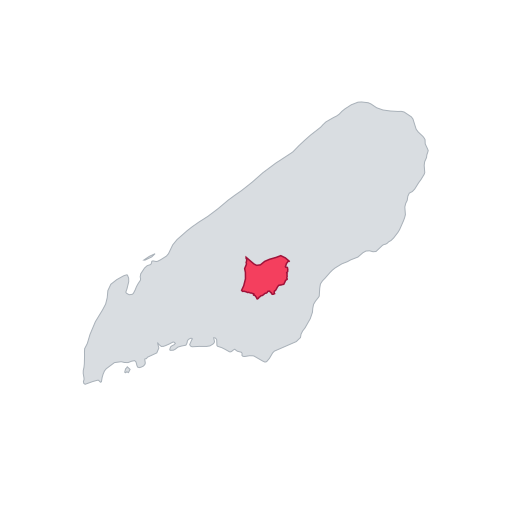 where Bongolava sits in Madagascar, rotated 215°
{"feature_id": "MDG-5871", "entity_name": "Bongolava", "entity_type": "Autonomous Province", "adm_level": 1, "iso_a3": "MDG", "parent_name": "Madagascar", "parent_adm1": "", "projection": "mercator", "projection_center": [45.906, -18.601], "detail": "fine", "context": "in_parent", "style": "filled", "palette": "rose", "viewbox_px": 512, "rotation_deg": 215, "n_neighbors": 0, "source": "natural_earth", "source_scale": "10m", "svg_char_len": 5881}
<svg xmlns="http://www.w3.org/2000/svg" viewBox="0 0 512 512"><g transform="rotate(215 256 256)"><path d="M331.8,63.1L333.1,66.2L334.7,69.1L339.4,76.2L341.4,78.9L343.2,81.8L344.0,87.6L347.0,96.6L349.9,110.1L350.8,124.0L351.6,130.4L353.9,136.4L357.5,142.7L358.7,149.6L356.5,156.8L353.2,163.6L352.4,164.8L350.9,166.6L350.2,166.5L347.6,164.8L345.5,161.9L342.9,155.2L341.9,151.7L340.8,151.2L337.7,151.5L335.4,153.6L335.0,155.0L335.5,158.8L336.3,162.2L336.7,165.7L336.8,170.0L337.6,171.3L338.9,172.5L340.2,175.3L340.4,182.2L339.6,185.6L337.4,188.6L337.5,190.2L338.3,191.9L337.6,192.9L334.6,194.2L333.5,195.3L331.9,198.4L329.3,204.6L329.0,207.7L330.6,217.3L330.1,224.2L326.9,237.3L325.0,243.5L322.3,250.9L318.2,260.8L314.2,273.1L310.8,285.9L308.2,293.6L305.4,301.2L301.4,314.6L298.1,328.3L293.1,343.4L286.3,360.3L285.5,362.5L284.1,371.2L282.5,378.7L280.7,386.2L276.9,398.6L276.4,402.4L275.6,406.1L271.9,413.9L270.3,416.8L269.2,419.8L268.6,423.8L267.5,427.6L264.7,434.5L260.7,440.5L257.9,442.7L252.0,445.9L249.0,446.5L242.3,446.6L235.8,448.4L229.0,451.9L222.5,455.9L220.0,457.8L217.3,458.9L208.7,459.1L206.1,458.3L197.5,451.7L194.2,450.6L187.9,449.7L186.0,449.1L184.3,448.3L181.7,444.9L176.7,442.0L175.4,441.1L174.7,439.1L174.1,436.9L172.8,434.5L171.9,429.9L170.2,426.7L165.6,421.1L165.1,419.3L164.7,413.3L164.8,409.3L164.4,401.9L164.9,398.5L166.5,395.4L165.9,392.0L164.1,388.4L163.5,384.8L162.2,381.5L157.3,375.5L156.2,372.5L155.4,369.5L153.5,360.0L153.3,356.7L153.6,349.7L154.3,346.1L155.5,343.6L155.8,341.8L156.5,340.2L157.7,338.9L158.5,337.4L160.3,328.5L162.6,326.6L166.0,325.4L168.8,323.1L170.3,320.0L171.9,313.6L176.2,307.2L177.8,303.9L181.2,298.8L184.3,291.7L185.3,288.4L185.9,285.0L186.7,277.5L187.3,273.8L187.2,270.1L185.4,266.3L181.2,259.4L181.1,258.1L181.4,253.1L181.1,249.4L179.5,245.7L177.5,242.3L175.6,235.8L174.6,225.2L174.8,221.4L174.3,217.9L172.8,214.7L173.9,209.0L186.4,188.6L186.8,186.2L186.3,179.9L186.6,176.3L187.0,175.0L188.0,174.2L190.1,173.8L200.3,172.9L201.6,172.3L204.1,170.6L207.6,167.2L209.2,166.3L210.6,166.6L211.4,168.1L212.6,168.8L216.7,167.3L218.3,167.3L219.9,167.5L220.6,166.2L221.1,164.3L221.7,163.0L222.8,162.3L228.0,161.8L231.4,161.3L235.8,160.0L236.7,160.3L240.2,164.9L241.3,165.3L242.6,165.5L243.8,164.7L241.0,162.2L240.5,160.9L240.7,159.3L242.2,155.9L244.8,153.4L250.5,149.5L256.3,145.0L258.1,144.7L259.5,145.4L260.6,150.7L260.5,151.6L261.4,151.7L262.5,151.0L263.5,148.9L263.5,147.1L262.7,145.4L262.4,144.0L262.3,142.7L265.3,139.6L267.7,136.6L268.8,133.0L269.7,131.4L272.2,129.5L272.9,129.8L273.5,131.3L273.8,132.9L273.2,134.5L272.3,136.1L271.9,138.1L273.3,138.5L274.6,138.0L276.5,134.3L278.7,130.7L280.0,128.9L281.7,127.6L284.4,127.8L287.1,128.6L282.8,124.9L281.7,119.7L286.8,110.9L286.9,109.0L287.6,108.5L288.0,107.7L285.3,104.8L284.8,103.3L285.2,101.0L286.4,99.0L287.6,97.6L289.2,97.1L290.6,97.9L293.4,100.3L295.4,100.7L297.7,98.3L299.6,95.4L302.5,93.4L305.8,92.1L310.8,87.5L314.0,77.8L314.2,75.0L313.5,71.6L312.4,68.3L310.5,64.3L311.0,63.4L313.7,63.9L314.6,63.3L317.6,59.7L322.4,52.9L324.0,52.9L325.4,54.2L325.9,56.0L326.9,57.4L330.2,60.7L331.8,63.1ZM297.8,90.3L297.9,91.4L294.1,90.9L293.6,87.3L295.4,87.1L295.8,85.6L296.9,85.5L298.1,88.7L297.8,90.3ZM343.2,194.5L340.0,200.0L340.9,195.4L344.6,188.9L345.6,188.3L343.2,194.5Z" fill="#d9dde1" stroke="#a8b0b8" stroke-width="1"/><path d="M246.9,219.3L247.2,219.4L247.6,219.5L248.1,219.6L249.0,224.6L251.5,231.2L255.2,236.4L258.1,239.2L259.0,243.4L259.5,244.3L260.4,245.1L260.8,246.5L261.7,247.9L262.9,248.5L263.4,249.3L257.6,248.7L252.9,248.3L250.1,248.7L247.3,251.3L245.8,256.6L243.0,261.1L238.7,266.4L235.9,270.5L230.9,271.3L225.8,270.8L225.8,270.6L226.0,270.5L226.4,270.4L226.5,270.3L226.6,270.1L226.7,269.9L226.6,269.0L226.7,268.3L226.7,267.4L226.7,267.1L226.6,266.8L226.3,266.0L226.2,265.5L226.0,264.9L225.9,264.7L225.9,264.4L225.8,264.1L225.6,264.0L225.4,263.9L225.3,264.0L224.8,264.1L224.5,264.2L224.1,264.5L223.8,264.6L223.7,264.5L223.4,264.4L223.2,264.2L222.9,263.8L222.4,263.4L222.2,263.1L221.8,262.5L221.5,262.0L221.2,261.6L221.1,261.3L221.1,260.9L221.2,260.6L221.3,260.3L221.4,260.1L221.3,259.9L221.2,259.7L220.4,259.4L220.2,259.2L219.9,258.4L219.8,258.2L219.7,258.0L219.2,257.7L218.9,257.4L218.4,256.0L218.2,255.6L218.0,255.4L217.8,255.3L217.4,255.2L217.2,255.1L217.1,254.9L217.1,254.7L217.3,254.2L217.4,253.9L217.6,253.5L217.7,253.3L217.7,253.2L217.8,252.9L217.6,252.1L217.5,251.9L217.4,251.3L217.2,249.8L217.1,249.4L217.0,249.1L217.1,248.8L217.2,248.5L217.5,248.3L217.7,248.1L218.2,247.5L218.3,247.4L218.5,247.0L218.6,246.9L219.1,246.6L219.3,246.4L219.5,246.1L219.5,245.9L219.8,245.7L220.3,245.4L220.5,245.2L220.7,243.4L220.3,239.8L220.3,238.8L220.4,238.7L220.5,238.4L220.8,238.1L220.8,237.8L220.7,237.5L219.9,236.2L219.7,236.0L219.2,235.8L219.4,235.5L219.6,235.3L219.6,235.1L219.8,234.8L219.9,234.6L220.4,234.2L220.6,234.0L220.9,233.9L221.3,234.1L221.6,234.2L221.9,234.3L222.1,234.5L222.3,234.7L222.5,234.7L222.8,234.6L223.0,234.5L223.4,234.6L224.5,234.9L224.7,235.0L225.8,234.1L226.0,233.9L226.0,233.6L225.9,232.6L226.0,232.3L226.1,231.9L226.2,231.6L227.0,230.8L227.2,230.5L227.3,230.2L227.4,229.9L227.5,229.3L227.9,227.9L228.1,227.4L228.3,227.1L229.1,226.3L229.2,226.1L229.3,225.5L229.3,225.2L229.8,224.1L229.8,223.8L229.8,223.6L229.8,223.0L229.8,222.7L229.9,222.4L230.0,222.1L230.2,221.8L230.4,221.5L230.8,221.6L231.0,221.7L231.3,222.1L231.5,222.2L231.8,222.3L232.9,222.6L233.3,222.7L233.6,222.9L233.9,223.0L234.3,223.0L234.7,222.9L235.3,222.7L235.5,222.6L235.7,222.9L235.7,223.5L235.9,223.7L236.3,223.7L236.8,223.5L237.1,223.3L237.4,223.2L237.8,223.2L238.1,223.2L238.4,223.1L239.3,222.5L239.7,222.4L240.3,222.3L241.0,222.1L241.3,222.0L241.5,221.8L241.6,221.5L241.9,221.3L242.3,221.2L243.1,221.1L243.6,221.0L244.0,220.9L244.2,220.7L244.5,220.6L245.1,220.5L245.3,220.4L245.8,220.0L246.3,219.7L246.7,219.3L246.9,219.3Z" fill="#f43f5e" stroke="#9f1239" stroke-width="1.5"/></g></svg>